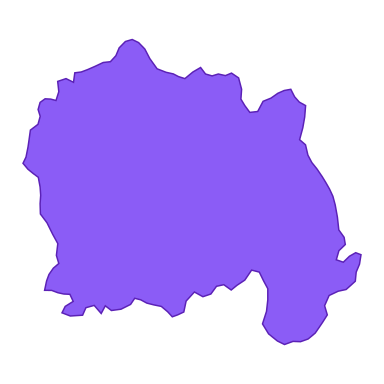 outline of Matias Barbosa, Minas Gerais, Brazil
{"feature_id": "56859067B96954562093001", "entity_name": "Matias Barbosa", "entity_type": "district", "adm_level": 2, "iso_a3": "BRA", "parent_name": "Brazil", "parent_adm1": "Minas Gerais", "projection": "equal_earth", "projection_center": [-43.306, -21.87], "detail": "fine", "context": "isolated", "style": "filled", "palette": "violet", "viewbox_px": 384, "rotation_deg": 0, "n_neighbors": 0, "source": "geoboundaries", "source_scale": "gbopen_adm2", "svg_char_len": 1882}
<svg xmlns="http://www.w3.org/2000/svg" viewBox="0 0 384 384"><path d="M111.4,310.5L121.0,309.2L130.6,304.4L134.7,298.3L140.7,299.8L146.8,303.1L153.9,304.9L161.3,306.4L167.6,311.7L172.3,316.8L177.6,314.9L183.8,312.0L186.1,301.1L194.4,292.0L202.9,296.7L210.9,294.0L216.5,286.3L223.8,284.7L231.2,290.0L237.1,285.2L244.8,280.1L251.6,270.1L259.3,272.1L263.6,280.9L267.8,288.7L267.8,299.8L266.5,311.4L262.5,323.9L268.6,333.9L277.4,341.0L284.5,344.5L293.0,341.4L300.5,341.7L308.1,339.0L315.2,333.1L318.8,327.9L322.6,322.3L327.3,314.9L324.6,305.7L329.1,295.5L338.2,291.2L346.1,289.5L350.6,285.5L355.3,281.2L356.2,272.1L359.5,264.2L361.0,254.7L355.7,252.7L349.5,256.2L343.3,262.2L336.3,259.8L338.9,250.7L345.3,244.5L344.1,237.3L338.8,229.9L337.4,217.1L335.2,204.9L332.9,196.3L329.5,189.0L325.9,182.7L322.3,176.8L317.0,169.0L311.8,162.5L307.9,155.1L305.5,144.8L299.6,139.7L302.8,127.8L304.7,117.0L305.6,105.6L299.3,102.1L294.6,96.8L290.8,89.3L284.2,90.5L277.8,93.3L271.0,98.1L263.1,101.3L257.7,111.5L249.8,112.4L244.8,105.6L240.9,99.1L241.6,89.3L238.6,77.9L231.5,73.1L225.4,75.6L218.3,74.0L212.1,75.9L205.5,74.0L200.6,67.5L192.9,72.0L184.9,78.6L178.5,76.6L173.3,73.9L166.1,72.3L157.1,68.8L149.8,58.6L144.8,49.0L138.6,42.6L132.2,39.5L125.4,41.5L119.2,47.8L115.9,55.7L110.4,61.7L103.2,62.5L94.7,66.5L87.6,69.6L81.2,72.0L74.8,72.8L73.5,82.3L66.0,78.6L57.7,81.4L58.8,91.7L56.0,100.5L50.7,99.1L45.1,98.8L40.1,102.4L38.1,109.5L40.2,116.3L38.0,124.3L30.4,130.1L29.1,139.5L28.0,147.1L26.0,157.1L23.0,163.3L28.0,169.3L33.3,173.6L38.3,177.3L40.1,187.0L40.7,195.3L40.1,203.7L40.4,214.0L47.0,222.8L52.8,234.5L57.8,243.6L56.4,255.4L58.8,263.5L53.4,268.1L49.0,274.4L46.6,280.9L44.6,290.3L51.7,290.4L57.8,292.7L63.7,294.0L69.9,294.3L73.2,301.4L65.2,306.4L62.0,312.8L70.3,316.0L82.6,315.2L85.9,307.7L94.2,305.4L101.2,313.5L105.3,305.8L111.4,310.5Z" fill="#8b5cf6" stroke="#5b21b6" stroke-width="1.5"/></svg>